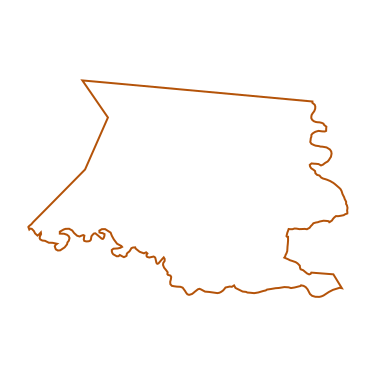 San Pedro Juchatengo, Oaxaca, Mexico, rotated 96°
{"feature_id": "50627088B44061639348759", "entity_name": "San Pedro Juchatengo", "entity_type": "district", "adm_level": 2, "iso_a3": "MEX", "parent_name": "Mexico", "parent_adm1": "Oaxaca", "projection": "robinson", "projection_center": [-97.095, 16.316], "detail": "fine", "context": "isolated", "style": "outline", "palette": "amber", "viewbox_px": 384, "rotation_deg": 96, "n_neighbors": 0, "source": "geoboundaries", "source_scale": "gbopen_adm2", "svg_char_len": 4147}
<svg xmlns="http://www.w3.org/2000/svg" viewBox="0 0 384 384"><g transform="rotate(96 192 192)"><path d="M246.3,349.9L245.3,349.1L245.4,347.5L247.3,345.2L249.6,343.7L251.5,341.1L249.9,339.5L248.0,338.1L249.6,337.7L252.0,338.6L253.8,338.7L255.0,338.0L255.9,335.8L255.9,333.1L257.4,329.1L257.1,325.5L257.6,320.8L258.8,322.1L260.3,322.8L262.0,322.1L263.3,321.4L264.2,319.3L263.8,317.0L260.4,312.9L257.1,310.8L255.2,310.6L253.3,309.4L250.6,309.0L248.8,310.0L247.6,311.8L246.9,314.8L247.2,319.1L245.3,319.3L242.7,315.7L241.9,314.0L241.4,310.4L242.8,307.1L245.1,305.0L247.5,301.7L248.0,299.1L247.2,297.8L246.2,295.7L246.6,294.5L250.5,294.7L251.9,294.0L252.2,292.0L251.9,290.0L251.4,288.6L250.1,287.6L246.6,287.4L244.7,286.2L243.5,285.1L243.2,283.8L245.1,280.9L247.8,277.0L248.0,275.8L246.9,275.0L244.7,274.5L243.0,274.6L242.2,276.8L242.2,278.5L241.9,279.8L240.1,280.1L238.4,277.8L238.0,274.5L240.9,268.7L244.0,267.1L247.3,264.8L251.3,261.1L253.1,256.6L253.9,255.8L255.0,257.4L255.9,260.0L256.6,264.2L258.0,265.7L259.6,265.5L261.1,264.8L262.2,263.8L263.8,260.1L263.5,258.3L262.2,257.2L263.3,254.6L263.9,252.9L262.9,251.2L262.2,250.4L260.4,250.4L259.3,249.8L258.2,248.6L257.1,247.7L254.2,246.4L253.4,244.9L253.0,242.7L254.1,242.2L256.9,237.9L257.4,236.0L258.0,233.4L256.8,231.3L257.8,229.9L259.3,230.7L260.6,230.4L261.3,229.7L261.6,227.6L260.2,223.4L260.8,222.1L261.6,221.5L266.1,220.0L266.9,219.3L267.0,218.7L266.4,217.8L261.6,214.5L260.0,213.3L261.4,212.2L263.4,212.0L265.7,213.2L267.6,213.2L270.1,211.9L272.6,209.4L274.4,207.8L276.2,207.9L276.9,207.3L277.4,204.7L278.7,203.8L281.2,203.9L283.6,204.3L285.9,203.9L287.4,202.3L287.6,200.2L287.7,197.4L287.5,193.6L288.1,191.3L291.2,188.5L292.8,187.3L294.2,185.9L294.6,184.2L294.2,183.1L293.4,181.3L292.2,180.0L290.8,178.7L288.1,175.9L287.5,174.4L287.9,173.0L289.7,168.6L289.6,164.6L289.9,156.1L289.3,154.2L288.3,152.6L286.7,150.8L285.0,149.6L283.5,148.7L282.1,144.6L282.1,142.4L280.5,140.4L282.9,138.7L285.7,131.2L285.7,130.1L285.7,127.8L286.2,126.4L286.1,123.2L286.1,119.6L285.0,115.6L283.0,110.8L282.2,108.4L281.2,107.2L280.2,103.3L278.9,98.7L278.4,95.7L276.9,90.2L276.7,86.0L277.2,83.5L276.2,79.9L274.1,74.2L273.4,73.8L273.7,71.2L274.7,69.0L276.7,66.9L281.1,64.0L282.7,61.7L283.3,58.4L283.0,54.4L282.3,52.4L281.2,50.4L277.1,45.4L274.6,41.6L271.8,35.1L272.0,32.9L259.1,42.8L259.7,64.9L261.0,65.5L261.7,66.9L261.2,68.4L261.0,69.0L259.3,71.6L258.2,73.2L257.5,75.9L255.9,76.7L254.0,77.1L252.0,79.5L250.9,81.6L250.5,83.4L250.1,85.0L249.6,87.5L248.9,89.2L247.6,93.3L247.1,93.0L245.8,92.5L244.6,92.3L243.3,91.7L240.8,91.1L238.4,91.2L236.4,91.3L234.8,91.3L233.4,91.3L230.2,91.4L226.6,91.8L226.7,92.2L226.7,92.6L226.0,93.4L222.3,92.9L220.9,92.5L218.7,92.0L218.7,90.0L218.5,88.2L217.6,86.2L217.5,84.1L217.7,81.3L217.2,77.8L216.9,76.1L217.0,73.8L215.3,71.3L213.3,70.1L212.0,69.0L210.4,68.0L209.4,65.6L208.9,63.7L208.0,61.9L206.8,58.1L206.7,54.7L206.8,53.0L207.7,52.3L207.4,51.8L205.7,49.8L204.4,49.2L202.5,47.9L200.9,46.3L200.8,44.2L200.0,41.3L199.2,38.7L198.2,37.5L197.1,35.3L195.7,35.4L194.3,35.8L191.5,35.7L189.1,36.5L187.8,37.5L185.6,37.7L183.0,39.4L181.2,40.2L179.7,41.2L178.3,42.1L175.5,43.3L173.6,44.6L172.4,46.1L171.5,47.4L170.3,49.1L169.2,50.7L168.1,52.5L167.6,53.7L166.7,55.6L165.7,58.9L165.3,60.7L164.9,63.1L164.1,65.1L162.3,66.9L161.9,69.4L161.1,70.4L160.5,71.2L158.3,71.8L157.2,73.5L156.0,75.9L154.2,77.3L152.7,77.7L151.1,76.1L151.1,73.8L151.0,72.0L151.0,69.0L152.1,66.5L151.1,64.6L149.5,63.0L148.4,61.6L147.5,60.3L145.9,59.2L143.8,58.2L142.5,57.5L139.2,57.2L137.1,57.8L135.3,59.3L133.6,62.8L133.3,66.9L133.4,69.1L133.1,70.6L133.0,73.9L132.6,75.5L131.6,78.3L129.9,79.6L128.2,79.5L126.2,79.5L124.6,79.1L122.7,79.2L121.2,78.2L119.6,76.2L119.0,75.1L118.0,72.6L118.1,68.5L117.9,66.2L117.2,65.0L114.6,65.2L113.0,65.2L111.5,67.6L110.3,68.4L109.7,70.1L109.4,72.4L109.5,74.7L109.4,76.3L108.8,78.4L107.5,80.2L106.0,81.1L104.5,81.2L103.0,81.1L101.2,80.3L99.6,79.3L98.4,78.7L96.3,78.2L94.2,78.3L92.4,79.1L90.7,81.6L89.4,81.7L91.1,210.8L92.0,278.7L92.5,312.7L126.7,283.4L180.8,300.7L223.2,334.5L238.4,346.7L240.9,348.4L242.6,350.2L243.9,351.1L246.3,349.9Z" fill="none" stroke="#b45309" stroke-width="2"/></g></svg>